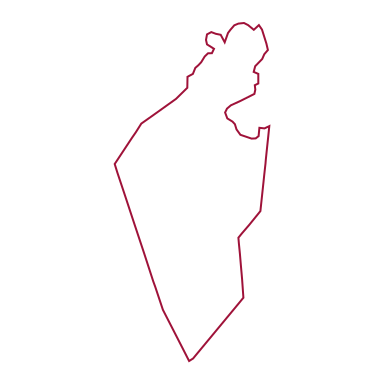 Sanharó, Pernambuco, Brazil
{"feature_id": "56859067B24709648892908", "entity_name": "Sanharó", "entity_type": "district", "adm_level": 2, "iso_a3": "BRA", "parent_name": "Brazil", "parent_adm1": "Pernambuco", "projection": "robinson", "projection_center": [-36.53, -8.368], "detail": "fine", "context": "isolated", "style": "outline", "palette": "rose", "viewbox_px": 384, "rotation_deg": 0, "n_neighbors": 0, "source": "geoboundaries", "source_scale": "gbopen_adm2", "svg_char_len": 1144}
<svg xmlns="http://www.w3.org/2000/svg" viewBox="0 0 384 384"><path d="M187.3,87.8L176.0,98.9L153.2,115.2L141.3,123.6L135.8,132.3L132.0,137.8L114.7,164.0L117.3,172.4L122.5,188.0L125.0,195.5L133.6,221.6L144.1,253.2L153.2,281.2L155.3,287.0L162.9,309.8L183.2,349.4L189.1,361.0L193.1,358.5L195.3,355.8L238.9,303.2L243.4,297.7L242.1,279.3L241.6,273.5L240.9,265.6L239.9,253.7L238.9,243.6L238.4,237.7L241.9,233.4L249.3,224.8L260.4,211.1L263.5,182.0L264.3,174.3L265.5,163.5L265.8,159.8L266.8,150.1L268.1,137.8L269.3,126.1L264.5,128.4L259.4,127.8L258.6,136.1L255.7,138.4L251.6,138.6L240.4,134.8L236.5,129.4L234.9,124.2L232.5,121.6L227.3,118.4L225.1,112.5L227.0,108.6L230.9,105.3L240.7,100.8L254.4,93.9L255.3,89.6L254.8,85.2L258.3,83.5L258.3,73.9L253.7,71.9L255.2,66.2L262.2,59.0L264.3,54.2L267.9,50.0L266.4,43.6L262.0,29.6L258.9,25.1L253.8,29.8L248.1,25.1L244.0,23.0L238.4,23.6L234.3,25.3L230.4,29.8L228.0,33.0L224.7,42.3L220.7,34.8L215.8,33.8L211.3,32.1L207.0,34.4L206.0,39.9L207.0,44.4L214.0,48.8L211.9,53.2L208.0,53.3L204.7,56.5L201.2,62.2L198.4,65.2L195.3,67.9L192.9,73.9L187.5,76.8L187.3,87.8Z" fill="none" stroke="#9f1239" stroke-width="2"/></svg>